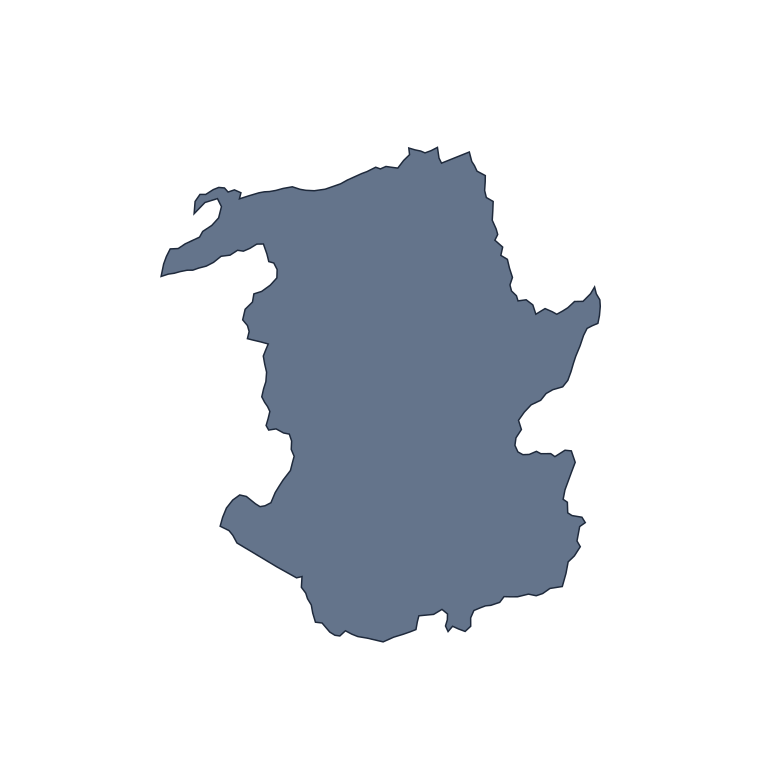 outline of Barra do Chapéu, São Paulo, Brazil, rotated 28°
{"feature_id": "56859067B85491163367944", "entity_name": "Barra do Chapéu", "entity_type": "district", "adm_level": 2, "iso_a3": "BRA", "parent_name": "Brazil", "parent_adm1": "São Paulo", "projection": "equal_earth", "projection_center": [-49.1, -24.442], "detail": "fine", "context": "isolated", "style": "filled", "palette": "slate", "viewbox_px": 768, "rotation_deg": 28, "n_neighbors": 0, "source": "geoboundaries", "source_scale": "gbopen_adm2", "svg_char_len": 3230}
<svg xmlns="http://www.w3.org/2000/svg" viewBox="0 0 768 768"><g transform="rotate(28 384 384)"><path d="M350.4,139.1L341.2,150.0L331.1,162.0L326.5,158.7L320.1,150.0L316.0,155.9L311.7,160.7L307.0,161.1L301.5,162.7L295.1,164.0L298.9,169.5L296.4,177.4L294.8,186.9L288.4,189.3L283.6,191.0L279.8,195.8L274.9,196.5L269.3,204.4L265.5,208.7L255.9,221.1L251.7,227.6L240.6,239.6L231.7,246.1L224.0,249.7L218.5,251.5L210.5,252.9L203.1,258.7L197.7,263.8L192.6,267.8L188.1,270.5L183.7,274.0L176.4,281.2L169.4,288.4L167.9,282.3L160.8,282.8L156.2,287.7L151.1,285.8L145.8,288.0L142.0,292.5L137.6,300.3L132.5,303.0L131.5,311.5L136.4,322.8L140.7,307.8L149.9,298.5L157.2,303.7L160.0,315.0L157.5,324.8L152.3,334.4L152.2,340.9L142.7,353.5L138.7,361.0L131.8,365.1L132.0,373.6L133.1,381.5L136.7,393.7L142.0,388.2L146.8,384.7L151.2,380.5L156.7,376.0L161.8,373.2L166.0,368.6L171.7,363.4L176.4,356.6L180.2,347.7L187.6,342.5L191.9,334.7L197.5,332.7L201.9,327.2L206.0,320.2L211.8,317.0L219.5,324.1L224.8,330.0L229.9,328.9L235.9,333.1L239.6,340.6L237.2,350.1L232.5,359.7L226.8,365.5L229.4,373.4L226.3,383.2L229.1,393.7L236.0,396.5L240.3,401.0L242.1,408.1L247.8,406.7L255.4,404.7L263.0,403.0L263.6,409.8L264.3,416.0L269.3,422.4L274.8,428.7L278.6,437.4L279.9,444.6L282.1,452.7L287.2,456.2L291.8,458.6L296.1,461.8L297.9,468.8L299.4,476.0L303.8,478.8L309.8,474.3L318.3,474.4L323.9,472.7L329.2,477.7L332.8,485.3L338.6,490.0L340.0,496.2L342.0,504.3L340.0,516.0L339.4,523.1L338.9,530.9L339.9,541.9L336.1,547.4L332.1,550.5L326.7,550.1L315.3,547.9L308.7,549.7L304.9,557.5L303.1,567.5L304.1,577.4L306.1,586.5L316.0,586.2L321.6,588.6L328.8,593.4L375.9,595.8L397.8,596.2L402.0,592.5L406.5,602.3L413.1,605.4L417.3,609.5L423.5,613.2L428.6,619.7L435.3,626.5L441.5,624.1L452.6,628.5L458.6,628.9L463.3,627.2L465.8,620.0L472.9,620.0L479.4,619.3L488.4,616.3L504.3,612.1L511.4,603.0L518.3,596.1L523.4,590.6L527.5,585.8L525.1,578.4L523.6,572.3L536.0,564.1L541.0,555.8L548.0,557.2L550.6,562.4L551.9,568.8L556.8,572.5L558.3,565.7L564.9,565.3L571.8,564.4L574.3,557.2L570.3,549.8L569.7,541.8L574.1,536.4L577.8,532.2L582.2,529.3L588.7,522.4L589.8,515.4L596.2,512.2L601.9,509.1L610.2,501.7L617.8,499.5L622.5,494.5L626.5,486.6L636.5,479.1L633.6,465.8L630.1,454.6L632.8,446.4L633.7,435.5L628.1,432.0L623.7,418.0L626.8,411.9L621.3,408.7L611.8,411.9L606.7,411.5L601.4,402.3L596.3,401.7L593.5,392.5L590.9,373.6L589.6,363.4L580.8,355.1L574.9,357.5L569.0,367.9L563.9,367.2L555.2,371.9L550.2,371.9L545.3,378.0L539.8,381.2L534.1,381.1L528.4,376.7L525.8,369.6L526.7,359.7L519.8,352.9L521.1,342.9L523.7,333.3L530.0,324.8L531.6,316.3L535.7,309.8L543.1,302.6L544.6,294.5L543.3,285.2L541.6,277.1L540.3,269.6L539.2,258.3L537.4,247.4L537.2,239.6L540.5,234.8L544.4,230.0L542.1,222.4L538.5,213.9L535.1,208.4L529.1,204.7L524.4,199.5L524.0,207.4L520.9,217.6L513.5,221.7L510.5,230.4L507.4,235.8L503.8,241.3L498.7,241.2L490.8,241.8L485.3,251.1L478.3,244.3L470.0,242.9L463.3,247.7L459.5,243.9L452.9,242.0L448.7,237.4L447.4,229.6L440.4,222.8L434.4,216.0L426.8,215.6L424.5,207.4L414.4,205.0L414.2,198.6L410.3,194.5L402.7,188.6L398.8,180.1L394.7,171.6L386.8,171.3L382.0,165.9L378.4,157.9L375.6,152.4L366.2,152.4L361.3,148.7L357.0,146.3L350.4,139.1Z" fill="#64748b" stroke="#1e293b" stroke-width="1.5"/></g></svg>